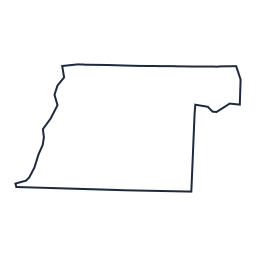 the district of Obion, Tennessee, United States of America
{"feature_id": "52423323B36027695230289", "entity_name": "Obion", "entity_type": "district", "adm_level": 2, "iso_a3": "USA", "parent_name": "United States of America", "parent_adm1": "Tennessee", "projection": "mercator", "projection_center": [-89.125, 36.354], "detail": "fine", "context": "isolated", "style": "outline", "palette": "slate", "viewbox_px": 256, "rotation_deg": 0, "n_neighbors": 0, "source": "geoboundaries", "source_scale": "gbopen_adm2", "svg_char_len": 659}
<svg xmlns="http://www.w3.org/2000/svg" viewBox="0 0 256 256"><path d="M191.7,182.8L194.6,113.6L195.3,104.7L207.8,106.8L212.5,111.6L216.5,112.0L229.7,103.6L239.8,104.6L240.6,79.6L236.2,66.2L233.7,66.2L220.3,66.4L217.0,66.7L212.0,66.5L190.2,66.5L178.3,66.3L176.0,66.3L174.8,66.2L174.7,66.2L166.7,66.1L158.5,66.1L154.1,66.0L148.0,66.0L138.9,65.9L138.1,65.9L123.5,65.5L107.4,65.0L84.7,64.7L83.6,64.5L77.6,64.4L62.2,66.0L64.1,77.4L57.5,85.5L54.5,94.8L57.5,105.2L50.6,118.6L42.9,129.1L43.9,137.5L42.7,145.0L38.7,153.9L34.4,167.6L29.2,177.5L26.1,180.6L15.4,183.6L16.3,187.0L126.5,190.3L191.3,191.6L191.7,182.8Z" fill="none" stroke="#1e293b" stroke-width="2"/></svg>